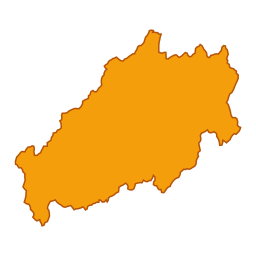 Santa Maria de Jetibá, Espírito Santo, Brazil (Equal Earth projection)
{"feature_id": "56859067B73059385087419", "entity_name": "Santa Maria de Jetibá", "entity_type": "district", "adm_level": 2, "iso_a3": "BRA", "parent_name": "Brazil", "parent_adm1": "Espírito Santo", "projection": "equal_earth", "projection_center": [-40.809, -20.084], "detail": "fine", "context": "isolated", "style": "filled", "palette": "amber", "viewbox_px": 256, "rotation_deg": 0, "n_neighbors": 0, "source": "geoboundaries", "source_scale": "gbopen_adm2", "svg_char_len": 4456}
<svg xmlns="http://www.w3.org/2000/svg" viewBox="0 0 256 256"><path d="M32.8,217.1L34.0,218.4L35.4,219.8L36.9,220.9L38.4,220.2L39.7,219.6L40.2,221.6L41.5,223.8L42.0,225.8L43.9,225.3L45.0,222.6L47.3,221.6L48.6,218.6L49.5,215.9L49.3,213.1L48.8,210.4L47.4,208.3L47.9,206.0L49.3,203.1L50.3,201.4L51.8,201.1L53.4,200.7L55.3,199.9L56.7,201.9L58.8,203.7L61.3,205.2L63.0,206.7L65.1,207.2L68.0,206.3L70.7,205.5L72.2,207.2L74.1,209.8L76.0,208.8L78.2,208.7L81.0,207.9L82.7,206.9L84.2,208.0L85.5,210.0L87.1,208.9L87.7,206.4L89.4,205.3L91.7,205.1L93.2,203.5L94.8,203.4L96.7,202.2L98.8,202.3L99.1,200.0L100.7,200.2L102.3,202.1L104.5,201.8L106.2,199.8L107.2,201.9L108.2,200.3L108.7,197.7L110.3,196.5L112.0,196.0L113.8,195.0L115.6,193.5L117.0,192.5L118.5,191.9L118.8,189.5L119.0,187.2L120.9,186.0L123.5,184.7L125.5,183.2L127.2,184.5L128.1,186.3L127.7,188.8L129.3,189.7L131.9,190.0L133.9,188.8L134.7,186.7L135.4,183.8L137.7,183.0L140.4,182.6L142.0,182.8L143.5,180.1L145.2,181.3L147.3,181.7L149.3,180.5L150.8,180.6L152.5,178.0L153.4,175.3L155.1,177.3L154.9,180.3L153.7,181.9L153.4,184.7L155.0,185.7L156.7,185.7L157.7,188.0L159.0,189.7L161.0,189.5L161.6,192.4L163.9,192.7L165.4,190.6L166.8,188.5L168.3,187.0L170.2,186.4L171.0,184.2L172.3,182.1L173.5,180.6L175.0,179.1L176.7,178.0L178.6,177.5L179.9,175.1L180.5,172.2L182.2,170.7L183.9,169.2L185.4,169.6L186.9,168.7L189.0,169.2L190.8,168.7L192.6,167.4L194.7,166.2L196.1,163.9L196.2,161.0L197.1,158.4L198.5,156.5L197.8,154.8L198.2,152.4L200.2,150.7L199.8,148.3L199.2,146.0L198.8,143.0L200.4,141.1L200.9,139.0L200.3,135.5L201.5,133.1L203.2,132.5L205.3,131.4L207.5,129.9L208.8,132.2L210.3,132.8L212.2,132.5L213.8,131.8L215.3,132.5L216.6,133.8L216.8,136.6L218.2,138.7L219.4,142.3L219.7,145.3L221.9,145.1L222.7,142.5L222.9,140.3L224.5,141.2L226.5,142.8L228.0,141.3L230.0,139.7L231.3,136.8L232.8,134.9L234.4,133.6L236.1,134.3L237.6,132.8L238.8,131.6L239.8,129.9L240.6,127.4L238.8,126.7L237.4,125.2L237.7,121.9L237.0,119.0L235.4,117.6L232.5,117.7L230.9,114.9L230.5,111.9L229.8,109.2L229.1,107.2L228.2,104.5L226.5,102.5L227.9,99.8L228.7,96.7L229.8,93.9L231.7,92.7L233.6,89.3L234.8,86.2L236.1,83.1L237.3,80.7L238.2,78.3L238.2,74.9L236.3,73.3L236.4,71.1L234.7,70.0L233.5,68.7L231.4,68.2L229.7,67.3L229.2,64.4L227.3,63.1L227.7,60.5L226.7,58.9L227.2,56.9L228.2,54.2L227.8,52.0L227.1,49.6L225.8,48.5L225.4,46.0L223.6,45.6L222.0,47.2L221.3,50.5L219.6,52.4L218.3,54.2L216.3,53.8L214.5,54.2L212.7,55.0L210.7,55.4L209.8,57.2L208.3,57.5L207.0,56.0L206.6,52.9L205.4,51.0L203.9,49.4L203.1,47.8L202.0,45.7L200.2,44.5L198.9,46.3L196.6,47.3L195.5,48.7L195.3,51.1L195.0,53.4L193.1,54.2L191.4,56.4L189.4,56.7L187.9,55.3L187.2,53.3L185.4,52.5L183.7,54.0L182.3,55.4L180.8,56.6L178.9,57.4L176.6,55.0L174.8,54.9L172.3,56.1L169.6,57.7L168.1,59.0L166.2,58.6L166.0,55.3L165.9,52.4L164.2,52.4L162.0,53.3L158.8,52.3L158.8,45.2L159.1,42.3L159.7,39.8L160.0,37.8L161.1,34.1L159.1,34.2L157.6,32.6L155.8,32.6L154.3,32.1L152.7,32.3L153.4,30.5L151.3,30.2L149.4,30.6L148.6,33.0L147.4,35.2L145.6,37.1L144.7,40.0L144.0,42.3L142.5,44.2L141.2,45.5L139.3,45.6L137.8,46.7L136.8,49.6L135.3,51.9L134.6,53.8L132.7,53.9L131.2,55.0L129.6,56.0L128.3,57.1L126.5,58.5L124.5,59.1L123.4,60.8L121.8,61.0L120.1,60.2L118.2,58.7L116.4,57.1L114.4,58.2L113.0,58.5L111.2,59.8L109.7,60.5L108.5,61.6L107.6,63.7L105.7,64.8L104.3,66.1L105.5,68.1L106.8,69.2L105.1,70.9L104.2,72.9L103.9,75.1L102.2,76.8L101.4,79.8L101.3,82.2L101.7,85.1L100.2,86.9L98.7,88.2L97.8,89.8L96.5,91.7L94.5,91.8L92.9,90.5L91.0,91.6L90.0,94.7L88.5,95.7L88.4,98.3L86.6,99.2L84.7,100.0L82.7,101.3L82.5,103.9L81.3,106.2L79.3,108.5L77.2,108.7L74.9,108.4L72.6,109.3L70.5,110.2L68.7,111.2L67.1,112.7L65.6,113.1L64.1,113.2L62.2,113.3L61.6,115.4L61.9,117.5L61.5,119.9L59.8,120.8L61.0,123.3L61.2,125.6L61.2,127.8L59.8,129.3L57.5,130.1L56.1,132.5L53.3,133.0L52.8,135.6L51.5,137.4L51.0,140.2L49.5,141.2L47.2,142.7L47.3,146.2L45.2,146.2L43.6,146.2L42.8,148.2L41.5,150.5L40.6,152.8L38.8,153.7L37.3,155.3L34.5,155.4L33.9,151.5L34.3,148.7L33.8,146.3L32.2,145.8L30.4,146.9L28.0,147.1L25.9,149.7L25.1,151.7L23.5,151.7L21.9,151.5L20.6,152.5L19.5,153.9L18.1,155.7L16.7,157.1L16.1,159.0L15.4,161.8L15.6,164.3L17.1,164.8L17.9,166.4L19.0,167.9L20.9,167.7L22.4,169.6L23.0,171.8L24.9,173.8L24.8,177.2L25.2,180.1L24.1,183.6L23.0,186.9L24.6,189.0L26.4,190.7L26.0,193.2L26.0,195.5L25.1,199.5L24.2,202.2L26.6,203.8L29.0,204.4L30.4,207.1L30.5,209.5L32.4,211.3L33.9,213.1L33.8,215.4L32.8,217.1Z" fill="#f59e0b" stroke="#b45309" stroke-width="1.5"/></svg>